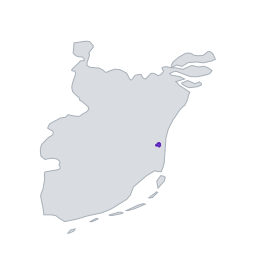 location of Uitgeest, Noord-Holland, Netherlands, rotated 170°
{"feature_id": "6326949B50941675836803", "entity_name": "Uitgeest", "entity_type": "district", "adm_level": 2, "iso_a3": "NLD", "parent_name": "Netherlands", "parent_adm1": "Noord-Holland", "projection": "robinson", "projection_center": [4.72, 52.523], "detail": "fine", "context": "in_parent", "style": "filled", "palette": "violet", "viewbox_px": 256, "rotation_deg": 170, "n_neighbors": 0, "source": "geoboundaries", "source_scale": "gbopen_adm2", "svg_char_len": 3815}
<svg xmlns="http://www.w3.org/2000/svg" viewBox="0 0 256 256"><g transform="rotate(170 128 128)"><path d="M166.3,221.2L161.0,221.0L156.1,220.9L153.5,220.6L150.7,219.6L149.5,217.6L147.9,215.1L148.3,213.6L152.9,209.4L153.6,208.2L153.1,207.6L153.6,205.7L157.0,199.4L157.5,196.8L155.9,195.1L153.6,194.0L146.2,192.1L142.7,189.5L141.0,187.2L139.4,186.5L137.0,187.3L130.9,188.2L125.9,186.9L120.0,182.5L118.6,178.6L117.9,175.6L116.4,174.6L114.5,176.1L112.0,178.6L107.0,178.9L105.6,178.3L105.4,176.9L105.1,175.6L103.8,174.0L102.3,173.2L96.0,177.7L93.7,177.6L90.8,175.9L89.3,174.2L86.1,175.2L83.2,177.3L84.2,181.2L82.7,181.9L79.1,181.6L75.1,179.9L70.6,179.0L63.8,176.3L54.3,178.5L47.7,175.8L42.3,175.6L38.9,173.5L35.2,169.9L37.8,167.6L40.4,166.8L50.4,166.4L57.7,167.8L70.7,175.5L74.0,175.4L77.6,174.4L75.8,172.3L72.5,171.3L67.6,169.3L63.8,166.4L72.9,165.4L71.6,163.9L70.4,161.4L60.9,152.5L62.5,150.0L64.9,144.9L68.0,140.6L70.4,139.4L74.3,136.4L82.9,127.4L88.4,120.1L92.4,111.5L98.3,87.7L100.1,83.7L102.9,79.2L106.5,80.0L109.0,81.3L117.8,77.9L132.9,69.1L137.3,61.5L141.6,58.0L158.9,51.1L168.4,49.0L183.1,48.5L193.7,47.2L206.5,46.8L211.4,51.0L214.3,54.2L218.9,55.9L226.0,57.1L225.6,63.2L225.9,75.4L225.4,77.6L222.3,82.7L219.0,91.9L218.2,98.0L217.2,99.1L203.7,99.1L201.8,100.1L201.6,101.4L202.3,103.0L202.0,104.6L200.9,105.8L201.5,107.8L203.9,110.1L208.2,111.5L212.7,111.6L215.1,111.4L216.8,113.0L218.6,115.5L218.5,118.7L217.9,122.9L215.8,126.9L209.6,131.4L206.8,133.0L204.2,133.8L203.0,135.0L202.4,136.5L202.5,137.8L207.0,141.5L206.9,142.3L205.7,144.2L204.0,146.0L192.5,149.6L187.8,149.4L185.1,151.2L184.3,151.5L181.2,149.9L174.5,147.9L172.0,148.6L170.6,149.6L166.4,150.9L163.4,153.0L163.4,155.6L168.8,162.3L170.7,163.7L170.8,166.2L173.4,169.3L176.1,173.3L176.4,175.8L176.2,178.4L174.8,182.0L170.2,190.5L170.2,192.1L170.6,193.3L172.2,193.7L173.4,194.3L173.1,195.4L164.4,201.3L163.3,202.3L159.6,202.1L159.1,203.0L159.6,204.6L161.0,206.0L164.2,206.7L166.8,208.2L169.0,211.2L166.3,221.2ZM75.1,179.9L74.3,182.4L72.3,185.1L65.5,189.0L58.4,191.5L54.7,191.2L52.2,189.9L50.9,188.5L47.1,187.1L41.8,186.4L38.6,187.9L36.2,189.3L34.2,189.1L32.7,187.9L31.5,186.1L30.0,180.5L33.9,179.5L42.4,179.1L48.9,181.1L57.5,182.0L64.0,179.3L69.2,181.6L75.1,179.9ZM61.0,157.1L65.9,160.6L67.0,161.7L67.4,162.9L61.0,164.4L54.3,160.0L49.8,161.0L48.1,159.0L48.1,157.7L52.7,156.6L61.0,157.1ZM108.9,70.8L103.9,75.4L100.8,74.1L99.9,73.0L101.5,69.5L108.9,63.5L108.9,70.8ZM131.1,50.4L126.4,50.9L124.3,50.0L135.6,47.4L142.8,46.6L144.1,47.0L131.1,50.4ZM161.6,45.6L151.7,46.7L148.3,45.9L147.7,45.1L150.4,44.7L158.9,44.6L161.6,45.2L161.6,45.6ZM120.1,55.4L110.8,60.2L110.0,59.4L116.0,55.3L120.1,55.4ZM202.3,37.6L197.6,37.8L198.9,36.1L203.3,34.8L205.6,34.8L202.3,37.6ZM182.0,42.3L175.0,44.5L173.3,44.0L173.7,43.4L179.9,42.0L182.0,42.3Z" fill="#d9dde1" stroke="#a8b0b8" stroke-width="1"/><path d="M103.4,105.6L103.2,105.5L102.9,105.5L102.8,105.4L102.7,105.4L102.3,105.5L101.7,105.1L101.3,104.9L101.2,104.9L100.9,104.8L100.7,104.8L100.7,104.7L100.7,104.8L100.4,104.6L100.4,104.4L100.3,104.5L100.2,104.5L99.9,104.6L99.7,104.7L99.8,104.7L99.8,104.8L99.7,104.8L99.4,104.9L99.2,104.9L99.2,105.0L99.2,105.3L99.2,105.5L99.3,105.7L99.3,105.8L99.2,105.9L99.2,106.0L99.3,106.0L99.2,106.0L99.1,106.3L99.0,106.5L99.0,106.8L99.0,107.0L99.2,107.3L99.3,107.3L99.5,107.2L99.8,107.1L99.9,107.3L99.7,107.4L99.7,107.5L99.7,107.8L99.8,107.8L100.0,107.9L100.0,108.0L100.3,108.0L100.5,108.1L100.9,108.1L101.0,108.0L101.1,107.9L101.3,107.8L101.4,107.7L101.5,107.7L101.7,107.4L101.8,107.4L102.0,107.3L102.0,107.2L102.0,106.9L101.9,106.9L101.9,106.7L102.0,106.6L102.1,106.4L102.3,106.4L102.3,106.5L102.6,106.6L102.8,106.5L103.0,106.5L103.3,106.5L103.5,106.5L103.6,106.4L103.5,106.0L103.5,105.9L103.4,105.8L103.4,105.7L103.4,105.6Z" fill="#8b5cf6" stroke="#5b21b6" stroke-width="1.5"/></g></svg>